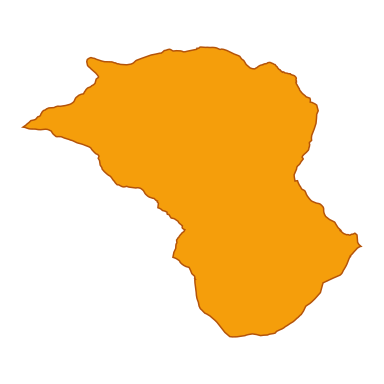 Rupea, Brasov, Romania
{"feature_id": "2599482B21199067234878", "entity_name": "Rupea", "entity_type": "district", "adm_level": 2, "iso_a3": "ROU", "parent_name": "Romania", "parent_adm1": "Brasov", "projection": "robinson", "projection_center": [25.187, 46.055], "detail": "fine", "context": "isolated", "style": "filled", "palette": "amber", "viewbox_px": 384, "rotation_deg": 0, "n_neighbors": 0, "source": "geoboundaries", "source_scale": "gbopen_adm2", "svg_char_len": 5856}
<svg xmlns="http://www.w3.org/2000/svg" viewBox="0 0 384 384"><path d="M361.0,246.4L358.9,244.5L357.6,242.3L357.1,235.8L356.9,234.8L354.9,233.2L353.1,234.1L351.4,234.3L349.9,235.2L348.0,234.6L346.5,234.7L343.6,233.5L340.0,230.5L340.0,230.2L340.6,230.1L338.0,227.6L335.7,223.9L334.9,222.4L334.3,221.9L329.5,219.5L325.7,216.5L325.5,216.2L324.5,214.3L323.8,212.2L323.6,209.9L323.7,209.0L323.3,207.3L321.7,205.4L320.2,204.1L319.0,203.6L316.4,203.1L312.5,201.5L311.3,200.8L309.5,198.9L307.3,196.0L306.3,194.2L305.7,192.5L304.9,190.9L303.8,190.1L302.0,189.3L301.2,188.2L300.4,186.6L299.5,185.4L298.8,184.0L298.1,182.5L297.5,180.7L295.0,181.0L294.3,177.1L294.1,174.8L296.5,169.2L296.8,167.2L297.7,165.9L299.1,164.7L300.0,163.6L301.0,161.8L303.2,159.0L303.0,158.3L302.2,157.5L302.1,157.2L302.4,156.4L302.7,155.8L303.9,154.5L306.4,152.3L308.3,150.2L308.7,149.3L309.0,147.4L309.3,147.0L309.7,144.6L309.4,143.8L309.4,142.8L309.4,142.5L311.6,140.4L311.4,138.0L311.7,135.4L314.3,128.7L316.0,123.4L316.5,118.3L316.7,114.3L318.2,110.8L316.7,105.1L315.0,103.9L311.9,102.4L310.2,102.1L310.4,99.9L309.9,98.2L306.1,96.8L305.1,95.7L303.0,94.0L301.2,92.2L301.1,91.8L300.1,90.7L299.6,90.0L299.4,89.0L297.3,85.4L296.9,84.5L296.3,83.8L296.2,83.1L295.9,82.3L296.0,82.1L296.5,81.9L296.3,81.4L296.4,80.8L296.1,80.4L296.0,79.7L296.3,78.4L296.0,77.4L295.0,76.3L294.6,75.9L293.4,75.3L292.6,75.2L291.5,74.6L290.9,74.5L290.5,74.2L290.3,73.8L288.0,73.6L287.2,73.2L285.4,73.0L284.5,72.7L284.1,72.2L283.7,72.0L283.3,71.9L282.5,72.3L282.2,72.1L282.0,71.6L281.5,71.4L281.3,71.1L280.5,70.7L280.3,70.0L279.2,69.5L278.0,68.3L277.1,66.8L276.2,66.1L275.1,64.6L274.2,64.4L272.6,63.4L271.6,63.2L270.8,62.6L269.5,62.4L267.9,62.7L266.6,63.6L266.0,63.6L265.6,63.8L265.0,63.8L264.0,64.0L263.2,64.6L262.9,64.5L261.8,65.0L261.2,65.0L259.7,65.6L258.4,66.4L256.8,67.7L256.0,68.0L255.5,68.4L254.7,68.9L252.5,68.7L250.2,68.0L246.5,64.8L246.1,64.4L244.1,61.0L243.4,60.2L242.1,59.4L241.2,58.5L240.3,57.1L239.7,56.3L238.3,55.6L234.1,54.0L226.9,50.5L223.6,49.4L221.6,49.1L220.4,49.4L219.8,49.4L216.7,48.0L215.0,47.6L212.7,47.4L210.0,47.5L207.2,47.3L205.7,47.4L201.6,47.1L200.2,47.1L199.7,47.3L198.7,48.3L196.9,48.3L196.7,49.3L187.8,51.1L184.9,51.8L183.3,51.8L181.9,51.2L180.6,50.9L178.6,50.8L176.6,50.7L173.5,51.0L172.6,50.8L170.7,49.6L169.7,49.3L169.1,49.3L167.4,49.7L166.2,50.2L164.2,50.6L163.2,51.6L161.3,53.1L159.7,53.2L155.7,54.1L151.1,55.0L141.8,58.3L136.5,60.3L135.7,60.8L133.5,62.9L132.2,63.6L131.0,64.1L126.7,64.8L120.5,64.4L118.3,63.8L117.3,63.8L115.5,62.9L114.3,62.8L112.6,62.1L111.6,61.9L104.5,61.7L101.6,61.0L96.4,59.3L94.5,58.4L92.7,58.1L91.1,57.6L90.4,57.7L88.5,58.6L87.3,59.5L86.8,61.3L86.8,61.9L87.5,65.3L87.8,65.8L88.7,66.8L90.0,67.8L90.8,68.7L95.8,73.1L97.5,75.1L98.5,76.6L98.5,77.2L98.3,77.5L96.2,79.1L95.0,83.4L93.5,84.8L91.8,85.7L90.8,86.6L90.1,87.0L88.0,87.8L87.4,88.2L86.1,89.5L85.3,90.8L84.6,91.7L83.5,93.8L81.1,94.3L78.6,95.4L77.2,96.7L76.5,97.1L75.5,98.2L74.1,101.3L73.7,101.8L73.1,102.4L71.4,103.6L70.0,104.3L65.6,105.5L60.5,106.3L57.6,106.2L55.6,106.8L54.0,107.6L49.3,107.9L48.2,108.1L47.7,108.5L46.7,108.8L45.3,109.9L43.6,110.5L42.9,111.1L41.9,112.3L41.5,113.2L40.8,114.2L40.4,115.6L39.0,116.5L38.0,116.7L37.6,117.0L36.1,118.8L35.5,119.4L33.8,120.0L30.9,120.6L29.1,122.4L26.9,124.1L25.8,125.2L23.0,127.1L25.0,127.4L26.5,128.0L29.0,128.8L30.6,129.0L35.4,129.1L38.2,129.6L40.7,129.7L44.4,129.3L45.6,129.2L47.4,129.4L48.6,129.8L50.9,130.9L51.3,131.2L52.3,132.9L53.3,134.2L56.0,136.5L57.0,136.7L58.6,136.6L61.2,136.7L64.3,138.0L69.2,139.5L70.3,140.0L72.5,140.6L77.1,142.8L81.9,144.1L88.7,146.7L89.7,147.2L90.7,147.9L91.9,149.7L94.6,152.6L96.0,153.8L97.7,154.5L98.6,155.5L99.0,156.2L98.2,158.3L99.5,160.5L100.2,165.1L101.8,167.5L102.2,169.2L104.3,171.6L106.8,173.9L108.6,175.3L109.7,175.8L111.2,177.2L113.1,180.0L114.4,181.4L115.3,182.8L117.1,184.7L117.4,184.8L118.6,184.8L121.4,186.3L122.8,186.8L123.8,186.9L124.8,186.8L126.8,186.3L128.2,186.9L129.0,187.1L136.0,188.0L136.5,187.8L138.0,187.7L140.2,188.2L141.3,188.8L143.1,190.3L143.8,191.2L145.0,193.4L145.7,194.3L147.7,196.1L149.3,197.1L152.6,198.2L154.2,198.5L155.7,200.1L157.1,200.9L156.9,201.0L157.2,201.4L157.4,202.2L157.8,202.4L158.4,203.4L157.9,207.7L159.7,208.4L160.8,209.0L162.5,210.5L164.8,211.1L166.7,212.0L167.1,212.3L167.1,213.8L167.4,214.3L168.6,214.5L169.1,214.8L170.5,217.1L171.2,218.0L174.3,218.7L178.1,221.3L178.6,222.4L179.4,223.3L182.4,225.8L182.2,226.7L182.2,227.7L182.5,228.3L184.2,229.5L184.9,229.8L184.4,230.4L184.0,231.5L181.9,233.0L181.5,233.8L180.8,234.3L179.2,236.4L178.9,237.1L177.9,238.0L177.3,239.1L176.6,240.0L176.7,241.4L176.9,242.2L176.8,243.0L176.1,244.1L175.9,245.4L175.7,248.5L173.9,252.3L172.9,257.3L174.4,257.8L176.3,258.6L179.0,260.4L179.8,261.3L180.2,262.4L180.5,262.7L182.1,264.2L183.8,265.4L185.9,266.5L189.1,267.4L190.6,270.5L191.6,273.1L192.0,273.8L193.6,275.3L194.3,275.8L194.9,277.2L194.6,278.3L195.0,278.6L195.5,279.4L194.8,279.7L195.0,283.1L196.2,292.5L196.4,295.2L196.9,298.1L197.5,300.0L198.3,302.1L199.1,306.1L200.3,308.6L200.9,309.2L202.0,310.2L203.3,311.6L204.9,313.2L206.4,313.8L209.9,315.9L215.1,320.4L217.0,322.3L224.9,332.4L229.8,336.6L232.5,336.9L236.9,336.8L245.1,335.6L246.2,335.1L248.7,334.5L252.4,333.9L256.4,334.5L260.6,335.6L263.6,335.2L267.5,335.0L269.4,334.2L273.6,333.5L275.0,333.1L275.4,332.9L276.0,332.0L276.9,331.2L279.8,329.8L282.0,328.9L284.0,327.7L285.3,326.6L287.4,325.4L290.0,323.6L293.0,321.8L294.6,320.5L296.9,318.3L298.1,317.4L298.9,316.5L299.0,316.5L299.6,315.9L300.0,315.4L301.2,314.5L303.5,311.0L305.7,306.3L307.3,305.1L309.8,303.5L311.7,301.9L315.0,298.7L320.4,292.6L322.5,284.7L323.1,282.8L333.6,277.9L340.1,275.1L341.4,273.9L342.1,273.0L343.5,270.1L344.2,269.1L346.1,265.8L347.0,263.9L349.1,258.5L349.6,257.5L350.5,256.6L350.1,256.1L352.7,253.4L353.5,252.4L357.4,248.1L359.9,246.6L361.0,246.4Z" fill="#f59e0b" stroke="#b45309" stroke-width="1.5"/></svg>